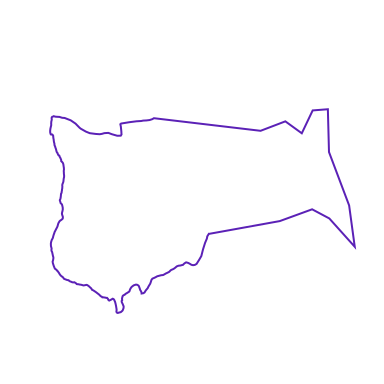 Barre St Joseph, Anse-la-Raye, Saint Lucia (Equal Earth projection), rotated 348°
{"feature_id": "8701671B21993534180379", "entity_name": "Barre St Joseph", "entity_type": "district", "adm_level": 2, "iso_a3": "LCA", "parent_name": "Saint Lucia", "parent_adm1": "Anse-la-Raye", "projection": "equal_earth", "projection_center": [-61.026, 13.973], "detail": "fine", "context": "isolated", "style": "outline", "palette": "violet", "viewbox_px": 384, "rotation_deg": 348, "n_neighbors": 0, "source": "geoboundaries", "source_scale": "gbopen_adm2", "svg_char_len": 5719}
<svg xmlns="http://www.w3.org/2000/svg" viewBox="0 0 384 384"><g transform="rotate(348 192 192)"><path d="M72.5,89.1L72.3,89.2L71.8,89.3L71.2,89.4L70.9,89.4L70.3,89.9L70.1,90.4L70.0,90.9L69.9,92.0L69.4,93.1L69.1,93.7L68.9,94.2L68.7,95.0L68.5,95.6L68.4,96.3L68.3,96.8L68.2,97.2L68.1,97.6L67.5,98.8L66.9,100.1L66.5,101.0L66.3,101.7L66.1,102.2L65.9,103.0L65.8,103.6L65.7,104.0L65.7,104.9L65.7,105.4L65.8,106.1L65.9,106.3L66.1,106.5L66.3,106.5L66.6,106.6L66.8,106.5L67.1,106.6L67.3,106.8L67.7,107.4L67.9,108.2L67.8,108.5L67.8,109.0L67.7,109.3L67.7,109.8L67.6,110.5L67.6,111.2L67.6,111.9L67.5,112.7L67.4,113.9L67.4,114.5L67.4,115.3L67.5,115.8L67.4,116.5L67.3,117.3L67.3,117.7L67.3,118.1L67.5,118.6L67.6,119.3L67.6,120.2L67.8,121.1L67.9,122.7L67.9,123.8L68.0,124.7L68.3,125.6L68.5,125.8L68.6,126.0L68.6,126.6L68.8,127.6L69.0,128.1L69.1,128.3L69.4,128.4L69.8,128.9L69.8,129.3L69.8,129.7L69.9,130.1L70.3,131.1L70.3,131.4L70.4,131.9L70.7,133.1L70.6,134.2L70.5,134.6L70.8,135.1L70.9,135.3L71.2,135.6L71.5,136.2L71.8,137.0L71.9,138.1L71.9,138.4L71.8,139.6L71.8,139.8L71.7,141.2L71.7,141.6L71.7,141.9L71.6,142.2L71.4,143.5L71.2,144.0L71.0,144.5L70.9,145.0L70.8,145.6L70.7,146.4L70.5,147.4L70.4,148.4L70.4,148.6L70.3,149.2L70.3,149.5L70.1,150.3L70.0,150.6L69.9,151.0L69.7,151.3L69.6,151.6L69.5,151.8L69.2,152.5L69.0,153.2L68.8,153.6L68.6,154.5L68.3,155.1L68.1,155.6L67.9,155.9L67.6,156.4L67.2,156.9L66.9,157.5L66.7,157.8L66.5,158.5L66.4,158.9L66.3,159.9L65.9,161.1L65.8,161.6L65.5,162.2L65.3,162.7L65.2,163.1L65.1,163.5L64.9,163.9L64.6,164.6L64.4,165.3L64.1,165.9L63.9,166.0L63.6,166.4L63.5,166.6L63.4,167.1L63.2,167.5L63.0,168.3L62.9,168.6L62.8,168.8L62.7,169.2L62.6,169.6L62.4,170.0L62.2,170.4L62.1,170.8L61.9,171.3L61.7,171.6L61.5,171.8L61.3,172.0L61.0,172.5L61.0,173.2L61.1,173.7L61.2,175.6L61.7,176.3L62.2,177.1L62.3,178.7L62.3,179.6L62.3,180.4L62.1,181.4L62.1,181.8L61.4,183.6L61.2,184.0L60.9,184.5L60.7,185.0L60.3,185.9L60.3,186.7L60.2,187.0L60.4,188.4L60.4,188.6L60.5,189.3L60.4,190.0L60.2,190.7L60.0,191.1L59.6,191.5L59.3,191.6L58.8,191.9L58.2,192.2L57.7,192.4L57.3,192.5L56.8,192.8L56.2,193.2L55.7,193.8L54.8,194.8L54.5,195.3L53.2,197.8L52.0,199.3L51.4,200.0L50.2,201.5L49.2,202.7L48.8,203.5L47.8,205.1L47.0,206.6L46.5,207.7L45.8,208.7L45.0,209.5L43.8,211.6L43.2,213.2L42.8,215.5L42.9,217.6L42.9,218.2L42.4,219.6L42.4,220.7L42.7,221.6L42.7,225.7L42.8,226.9L42.7,227.8L41.9,229.9L41.2,231.1L41.1,232.5L41.4,235.6L41.7,237.2L41.9,238.4L42.8,239.4L43.1,239.8L43.3,240.0L43.5,240.7L43.8,240.9L44.2,241.6L44.9,243.2L45.2,243.9L45.3,244.3L45.5,244.9L45.6,245.2L45.8,245.5L46.1,246.2L46.4,246.7L47.0,247.3L47.2,247.7L47.8,248.3L48.3,249.0L48.5,249.8L48.7,250.2L49.1,250.5L49.8,251.0L50.6,251.5L51.2,251.9L51.7,252.2L52.3,252.4L52.6,252.5L53.0,252.7L53.2,253.1L53.4,253.4L53.7,253.7L54.3,254.2L54.5,254.3L54.9,254.5L55.0,254.6L56.1,255.4L56.4,255.5L56.9,255.7L57.3,255.8L57.7,255.8L58.1,255.8L58.8,256.4L59.3,256.9L59.7,257.4L59.9,257.7L60.1,258.1L60.6,258.3L61.4,258.5L61.9,258.7L62.5,259.0L63.2,259.3L64.1,259.6L65.1,260.1L66.3,260.8L67.6,260.9L68.5,260.9L69.3,260.9L69.5,260.9L70.1,261.2L70.2,261.3L71.0,262.1L71.6,262.8L72.0,263.4L72.6,264.3L73.3,265.2L73.7,266.1L73.7,266.3L73.9,266.9L74.9,267.6L75.0,267.7L76.2,268.9L77.5,270.3L78.0,270.9L78.6,271.6L79.8,273.0L80.3,273.8L81.0,274.9L81.6,275.4L82.0,275.7L82.4,276.4L82.9,276.4L83.9,276.8L84.8,277.1L86.1,277.7L86.3,277.8L86.9,277.9L87.6,279.2L87.7,280.0L87.9,280.3L88.1,280.7L88.5,281.0L89.3,280.8L90.4,280.5L91.2,280.3L91.8,280.0L92.3,279.9L92.5,280.1L92.8,280.3L93.0,280.5L93.3,280.9L93.5,281.5L93.8,283.1L93.9,283.3L94.0,285.5L94.0,286.0L94.0,286.6L94.0,287.7L93.9,289.6L93.9,290.0L93.8,291.4L93.7,291.6L93.5,292.5L93.2,293.2L93.3,294.1L93.5,294.3L93.8,294.7L94.4,294.9L95.6,294.7L95.8,294.7L96.3,294.8L96.8,294.7L97.3,294.7L97.8,294.5L98.3,294.2L99.2,293.7L99.7,293.2L100.1,292.6L100.9,291.3L101.2,290.3L101.3,290.0L101.3,289.2L101.2,288.9L101.1,288.2L100.8,286.6L100.7,286.3L100.4,285.1L100.5,284.0L101.2,283.4L101.3,282.3L101.3,282.1L101.5,281.4L101.8,280.8L102.2,280.0L102.3,279.8L102.6,279.3L103.0,279.1L103.2,278.9L103.8,278.7L104.3,278.6L104.9,278.4L105.0,278.4L105.8,277.8L106.1,277.7L106.6,277.6L107.4,277.3L107.7,277.2L109.8,276.4L110.2,276.0L110.4,275.8L110.9,274.8L111.4,274.1L111.6,273.9L112.1,273.3L113.2,272.3L113.8,272.0L114.3,271.8L114.8,271.5L115.9,271.1L116.5,271.1L117.6,270.9L118.8,271.2L119.2,271.5L119.8,272.0L120.3,272.6L120.6,273.8L120.6,274.2L120.8,275.3L120.9,276.5L121.0,277.2L121.3,278.0L121.6,278.8L121.7,280.0L121.6,280.8L121.8,280.8L123.3,280.9L123.6,280.8L124.7,280.4L125.6,279.4L126.3,278.7L127.3,277.9L128.7,276.8L129.6,275.6L130.7,274.4L132.0,273.1L133.1,271.3L133.7,270.2L134.2,269.4L135.3,268.5L136.9,268.2L138.6,267.8L140.5,267.2L142.5,267.1L144.5,267.0L146.5,267.2L147.9,266.8L149.3,266.3L151.5,265.8L153.2,265.3L154.5,264.4L155.5,263.9L157.2,263.6L158.5,263.2L160.0,262.5L161.6,261.6L163.4,261.3L165.6,261.5L166.6,261.4L168.0,261.4L168.7,260.9L169.7,260.3L170.7,259.9L171.6,259.6L171.9,259.7L173.7,260.7L175.3,262.1L176.3,263.1L177.8,263.8L179.6,263.9L181.5,263.3L185.0,259.7L187.8,256.6L190.8,250.5L194.2,244.5L196.9,240.6L197.7,238.6L199.8,236.4L200.0,236.5L271.8,238.7L305.9,233.9L320.8,246.4L339.8,279.4L342.9,237.8L334.3,181.4L342.1,139.3L327.0,137.3L311.6,157.4L298.0,142.3L271.8,146.4L170.1,111.9L168.3,112.5L165.5,112.8L162.1,112.5L159.1,112.0L157.1,112.0L152.4,111.3L145.2,110.7L136.9,110.3L136.0,110.8L136.0,113.2L135.5,117.9L135.0,121.1L134.0,122.1L130.5,121.4L125.6,118.8L122.5,116.8L118.5,116.2L116.0,116.4L113.8,116.3L109.9,115.2L104.2,113.2L100.8,110.9L96.4,107.0L95.4,105.8L92.3,100.9L88.3,96.7L82.8,93.1L80.4,92.4L78.0,91.0L75.7,90.4L74.0,89.9L72.5,89.1Z" fill="none" stroke="#5b21b6" stroke-width="2"/></g></svg>